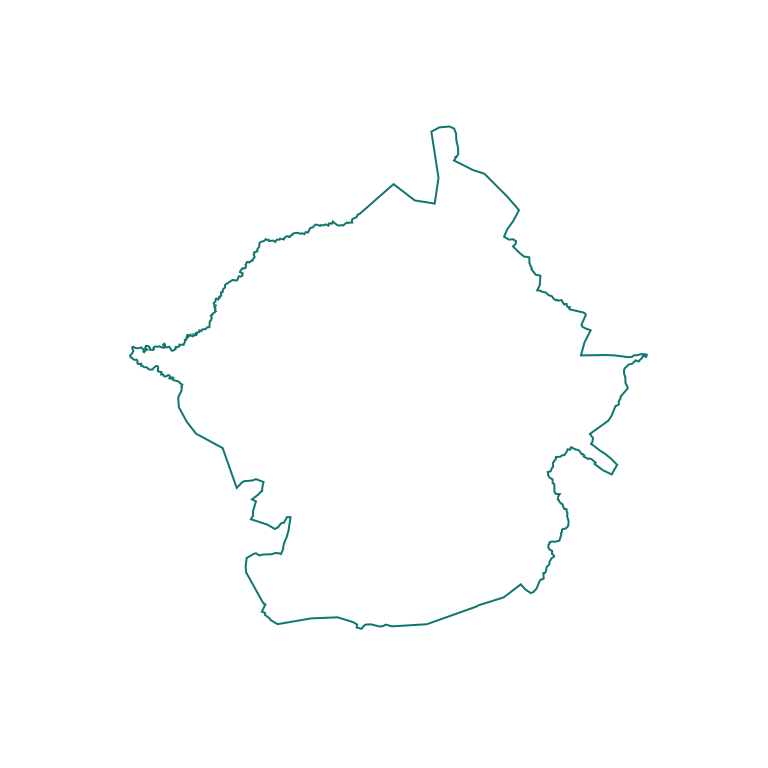 the district of Na Dun, Maha Sarakham, Thailand, rotated 113°
{"feature_id": "78962969B11651744755844", "entity_name": "Na Dun", "entity_type": "district", "adm_level": 2, "iso_a3": "THA", "parent_name": "Thailand", "parent_adm1": "Maha Sarakham", "projection": "natural_earth1", "projection_center": [103.237, 15.719], "detail": "fine", "context": "isolated", "style": "outline", "palette": "teal", "viewbox_px": 768, "rotation_deg": 113, "n_neighbors": 0, "source": "geoboundaries", "source_scale": "gbopen_adm2", "svg_char_len": 6166}
<svg xmlns="http://www.w3.org/2000/svg" viewBox="0 0 768 768"><g transform="rotate(113 384 384)"><path d="M121.4,424.3L126.2,433.4L133.2,439.0L172.9,414.4L198.1,407.8L203.0,427.4L196.3,453.3L236.9,472.9L238.9,474.6L240.2,474.3L241.4,474.7L244.5,477.5L245.7,477.6L247.8,476.3L249.2,479.4L249.8,479.6L249.9,481.3L254.0,483.6L254.5,485.5L255.9,487.4L255.9,489.7L254.5,494.6L256.8,494.5L257.1,496.4L257.9,497.5L259.3,496.8L260.0,497.1L259.9,500.2L261.7,501.8L262.4,504.2L263.5,504.7L263.4,507.1L264.1,509.4L267.7,510.8L268.8,512.4L269.9,513.0L274.2,513.1L274.7,515.4L277.1,515.8L277.2,518.1L278.2,519.2L278.6,522.6L279.8,524.9L281.5,526.8L282.9,526.8L283.9,527.9L285.5,528.2L285.8,528.8L285.4,530.0L286.2,531.5L288.5,532.8L289.9,532.5L290.9,536.5L292.0,536.5L292.4,538.0L293.3,539.2L295.7,539.6L295.2,541.9L297.3,545.6L296.4,546.4L297.0,547.9L296.8,549.4L299.0,550.1L301.6,553.1L302.7,553.7L306.5,552.5L309.8,553.3L311.4,552.4L313.5,555.0L314.7,554.3L315.5,554.7L317.8,552.6L320.7,553.6L321.8,553.1L322.4,554.3L324.8,555.4L324.7,556.8L325.5,558.0L326.7,557.7L328.1,558.2L329.1,557.1L331.4,556.9L331.9,557.9L332.8,558.4L332.9,559.6L336.1,560.4L337.3,560.3L337.4,557.3L339.7,556.7L341.2,558.0L341.6,559.8L345.8,559.7L347.0,561.5L346.9,562.6L347.6,564.2L354.7,569.0L357.5,568.1L359.9,569.3L362.3,568.4L363.4,569.8L366.3,568.4L367.9,569.7L368.7,568.9L369.9,569.9L370.9,569.6L370.9,571.5L371.3,572.1L373.7,571.4L376.1,572.4L377.7,570.9L377.5,569.6L379.5,570.3L380.1,568.7L382.0,568.5L382.7,567.2L387.0,569.4L387.9,569.2L388.7,570.1L390.4,568.4L393.5,568.2L394.6,568.8L399.9,566.9L401.0,569.0L403.3,569.7L404.5,572.3L405.9,573.0L406.5,572.8L406.8,574.9L408.3,574.3L410.4,577.1L411.5,577.1L411.4,575.8L412.4,575.8L412.9,578.8L414.1,578.0L414.7,578.5L415.0,580.5L414.2,581.3L416.2,582.3L415.4,583.2L415.7,584.2L417.2,584.1L417.7,582.9L419.1,583.9L420.2,583.3L421.3,584.6L422.1,583.8L426.3,583.8L426.6,585.5L427.8,586.6L427.8,587.7L429.3,587.2L430.7,588.3L431.2,590.2L432.0,590.4L433.4,589.4L435.8,591.4L436.3,592.4L433.6,596.3L435.1,598.0L435.1,599.8L433.0,601.3L432.8,602.1L434.1,602.7L436.5,600.7L437.3,603.2L437.0,605.3L438.4,607.5L438.9,609.4L440.8,610.4L441.8,609.4L442.9,609.7L443.9,613.1L442.0,613.7L441.2,616.1L441.9,618.0L444.7,617.9L444.5,616.1L445.0,615.5L446.1,616.6L448.5,617.3L448.3,618.0L446.3,618.9L445.2,621.6L447.3,624.5L448.1,627.2L447.6,629.2L448.7,630.2L451.7,627.6L455.4,628.1L456.9,628.9L458.5,627.7L458.3,626.4L459.1,625.1L459.3,623.1L458.3,621.0L459.7,619.5L461.1,619.3L461.7,618.2L460.2,615.6L462.0,614.8L461.5,613.5L462.3,611.5L461.3,609.0L462.3,606.5L462.2,605.0L460.9,602.5L459.3,602.4L456.6,600.9L456.0,599.6L457.0,598.3L460.4,597.4L460.7,596.6L459.9,593.5L462.3,592.9L461.5,591.1L462.7,589.7L462.7,588.6L462.1,587.5L460.2,586.3L459.9,584.9L460.7,584.0L462.6,583.8L462.5,582.5L461.2,582.6L460.6,581.3L460.7,580.3L461.6,580.7L462.7,579.8L462.0,574.2L463.2,571.1L463.4,569.4L465.4,569.6L465.4,569.1L469.5,567.7L474.5,568.2L477.4,567.9L485.6,563.7L495.8,550.8L503.2,537.6L506.0,507.5L537.2,479.0L530.0,476.2L528.1,474.8L524.2,467.4L521.6,464.7L521.3,456.6L527.5,455.4L530.3,454.3L530.9,455.1L535.1,456.6L541.7,460.4L542.1,456.0L552.4,454.9L556.4,453.1L560.5,453.7L559.0,436.4L560.1,427.9L557.3,425.5L553.4,424.6L551.8,423.7L550.8,421.9L544.4,421.3L543.1,418.0L556.4,414.6L562.7,413.8L570.5,413.7L576.3,412.3L580.8,412.4L580.6,413.4L581.9,417.8L584.6,420.9L588.0,428.3L590.5,431.8L589.9,435.7L590.8,437.1L597.8,442.4L605.5,440.3L611.2,437.4L631.7,411.1L632.8,409.4L632.9,408.3L633.5,408.2L633.5,407.1L641.3,407.5L641.2,404.1L643.0,403.5L644.6,397.2L645.6,396.1L646.6,388.0L628.3,359.6L616.9,335.6L615.3,319.6L615.9,314.7L618.8,314.0L618.3,309.8L617.6,308.7L616.4,308.7L613.1,307.4L612.1,305.9L610.3,301.9L609.0,293.5L607.4,290.4L604.8,288.4L604.0,282.0L588.4,250.7L552.4,211.6L550.9,210.7L533.7,190.5L515.0,179.8L517.8,173.9L519.1,167.3L517.2,165.2L512.6,163.6L505.3,163.8L502.8,163.3L501.8,161.6L500.7,161.0L495.9,163.4L495.2,162.1L493.1,161.8L488.9,162.7L485.4,161.4L483.4,162.1L479.2,161.8L476.4,160.0L475.4,160.7L474.7,163.1L471.9,164.0L471.6,166.8L470.5,168.8L467.5,169.8L466.2,169.2L464.9,169.8L463.2,167.6L462.4,164.9L459.7,161.4L453.6,161.9L452.3,162.9L450.9,162.3L448.6,163.3L447.6,162.7L446.0,160.2L443.2,159.1L440.1,159.7L437.9,160.7L434.0,163.9L431.4,164.5L430.1,166.0L428.0,166.9L427.9,167.9L428.6,169.0L427.0,171.1L424.9,172.6L424.8,174.4L423.6,176.8L422.5,177.8L422.4,178.9L419.3,179.7L416.7,179.2L418.0,183.0L416.8,184.9L409.6,188.1L409.4,190.0L405.9,191.6L405.5,195.1L403.5,197.6L401.9,198.1L401.1,198.9L399.3,196.5L395.7,196.6L394.2,195.9L390.7,197.7L385.4,196.5L384.0,197.2L382.0,193.1L380.2,192.4L379.1,190.3L374.5,189.3L372.3,189.4L371.8,187.0L369.1,187.0L369.4,181.5L368.9,180.2L369.0,178.3L371.5,174.5L370.8,173.8L371.4,171.8L372.8,171.7L373.2,166.8L372.1,165.3L372.2,163.2L373.6,158.5L375.3,158.9L375.6,158.0L377.8,149.0L378.3,139.1L367.3,137.8L364.1,145.7L361.9,153.0L360.8,159.7L358.5,168.1L358.4,169.9L356.1,169.6L352.2,170.3L349.5,175.0L330.0,163.1L323.9,162.1L313.8,162.3L312.5,160.7L310.7,159.8L308.5,161.2L305.5,160.6L303.2,161.3L292.7,157.9L290.9,159.3L288.8,162.1L283.9,164.3L280.4,167.2L277.7,168.4L275.6,168.6L270.6,166.4L268.1,163.3L263.9,161.6L264.0,159.3L263.3,158.0L262.7,158.3L259.7,156.8L257.4,156.7L256.8,156.0L256.5,153.2L254.3,153.6L255.4,157.6L256.5,159.6L258.7,162.4L259.9,165.1L262.1,166.4L263.7,169.1L267.6,183.0L270.4,190.5L280.7,213.9L267.4,215.7L253.8,214.7L254.1,221.0L253.6,224.0L252.2,225.4L241.3,225.2L240.4,227.1L240.4,229.2L242.7,241.9L242.1,243.2L240.7,243.0L241.2,244.7L241.0,245.9L239.0,247.1L239.6,248.6L240.3,248.9L240.3,249.7L237.4,253.3L239.3,256.4L238.9,257.7L239.7,258.2L239.4,260.9L237.6,263.8L237.9,267.5L236.6,270.7L237.3,275.0L237.0,276.7L238.0,279.6L232.2,279.2L223.2,282.3L224.1,287.0L220.7,293.2L220.1,293.0L215.8,297.4L210.6,299.8L212.0,305.1L209.8,312.1L206.9,319.0L203.5,317.6L201.0,318.1L200.3,321.7L202.3,325.5L201.5,331.0L193.4,331.0L183.3,328.7L171.2,327.7L163.5,343.4L151.2,373.8L152.3,385.6L150.9,406.9L148.6,406.4L147.2,407.0L146.8,406.0L143.2,405.5L137.0,408.6L131.3,412.7L125.5,415.4L121.5,419.2L121.4,424.3Z" fill="none" stroke="#0f766e" stroke-width="2"/></g></svg>